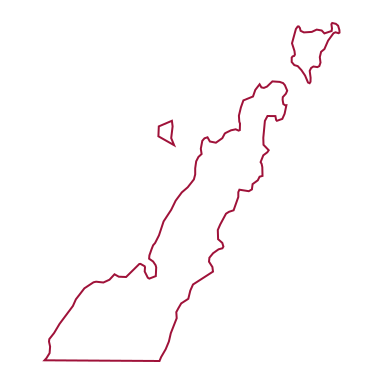 Door, Wisconsin, United States of America
{"feature_id": "52423323B99024056145108", "entity_name": "Door", "entity_type": "district", "adm_level": 2, "iso_a3": "USA", "parent_name": "United States of America", "parent_adm1": "Wisconsin", "projection": "mercator", "projection_center": [-87.16, 45.052], "detail": "fine", "context": "isolated", "style": "outline", "palette": "rose", "viewbox_px": 384, "rotation_deg": 0, "n_neighbors": 0, "source": "geoboundaries", "source_scale": "gbopen_adm2", "svg_char_len": 2299}
<svg xmlns="http://www.w3.org/2000/svg" viewBox="0 0 384 384"><path d="M159.5,361.0L161.1,357.1L165.7,349.2L168.9,341.5L170.8,333.2L176.7,318.2L176.3,312.1L178.4,308.2L181.2,303.4L188.3,298.8L190.3,290.6L193.0,284.5L213.0,271.6L212.4,267.0L209.0,261.7L209.4,257.7L213.1,253.2L218.6,249.3L222.4,248.3L223.4,246.6L222.3,242.9L218.1,239.2L217.8,230.0L220.2,224.5L226.0,213.7L229.0,211.8L233.6,210.3L238.3,197.0L238.3,192.2L239.4,189.7L248.8,191.2L251.9,189.4L252.6,184.1L257.8,180.3L259.6,176.7L262.5,175.9L262.3,167.1L261.6,163.8L260.6,162.1L263.3,155.3L267.3,152.3L268.7,150.2L263.5,144.8L263.3,137.8L264.9,120.9L267.5,116.0L275.4,116.1L276.1,119.9L276.9,120.8L282.3,118.9L284.6,113.8L286.4,105.2L285.2,105.3L283.3,104.0L282.6,99.7L282.8,97.1L285.9,93.7L287.2,90.7L284.9,85.2L283.1,83.1L279.7,81.9L272.4,81.4L267.0,86.6L263.9,87.9L261.4,87.4L259.6,84.3L255.3,89.9L253.0,96.5L243.4,100.4L240.9,107.4L238.9,115.7L239.3,121.7L240.0,123.6L239.8,130.1L238.6,130.6L235.7,129.3L231.0,130.3L226.1,132.7L224.8,133.5L222.3,138.2L215.9,142.7L209.9,141.5L207.5,137.3L204.5,138.3L202.3,140.8L200.8,148.8L201.6,154.0L198.4,157.0L196.2,161.3L195.2,168.3L195.2,174.4L193.9,179.4L187.7,187.3L181.8,192.4L175.7,200.6L171.2,209.8L163.6,221.4L159.0,235.3L155.1,243.0L153.1,245.3L151.5,249.4L149.4,255.4L149.1,258.7L153.1,261.5L155.6,265.2L156.2,267.4L155.8,276.1L149.3,278.6L147.8,277.7L144.7,271.5L145.0,267.2L144.6,266.2L140.5,263.9L139.3,264.0L126.1,277.0L118.8,276.7L114.5,274.3L109.5,279.7L103.4,282.5L96.1,281.7L93.5,282.3L84.4,288.3L75.9,299.3L72.9,306.0L59.6,323.8L54.1,333.0L49.3,339.1L49.0,341.6L50.1,346.6L49.6,353.1L46.5,358.1L44.5,360.3L159.5,361.0ZM291.7,57.6L291.7,62.0L294.3,65.1L297.7,66.1L301.4,70.1L305.1,75.6L308.0,82.5L309.6,83.2L310.5,81.8L310.6,77.8L309.7,70.9L311.1,68.0L313.4,66.5L317.4,67.1L319.3,66.1L320.5,62.6L319.8,57.1L321.1,51.8L324.4,49.1L328.1,40.6L333.5,33.2L335.5,32.3L338.6,33.2L339.5,32.6L339.4,30.1L338.1,25.7L335.8,23.8L332.2,23.0L331.4,24.2L332.0,28.5L331.6,31.0L324.4,33.4L321.7,30.5L316.7,29.6L311.8,31.9L303.9,32.4L300.6,30.8L299.9,28.0L298.7,26.4L297.7,26.5L295.9,29.0L292.0,43.3L294.5,51.1L294.9,54.6L294.2,55.9L292.6,56.4L291.7,57.6ZM158.8,126.4L158.4,136.3L174.1,145.2L171.2,138.1L172.6,126.4L171.9,120.8L158.8,126.4Z" fill="none" stroke="#9f1239" stroke-width="2"/></svg>